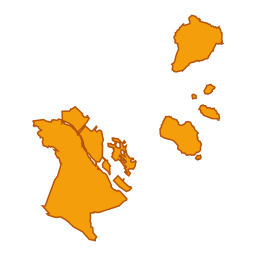 outline of Central 2 Mahe, Mont Fleuri, Seychelles
{"feature_id": "34574756B38092183622343", "entity_name": "Central 2 Mahe", "entity_type": "district", "adm_level": 2, "iso_a3": "SYC", "parent_name": "Seychelles", "parent_adm1": "Mont Fleuri", "projection": "robinson", "projection_center": [55.478, -4.632], "detail": "fine", "context": "isolated", "style": "filled", "palette": "amber", "viewbox_px": 256, "rotation_deg": 0, "n_neighbors": 0, "source": "geoboundaries", "source_scale": "gbopen_adm2", "svg_char_len": 5887}
<svg xmlns="http://www.w3.org/2000/svg" viewBox="0 0 256 256"><path d="M62.3,120.2L59.0,119.0L56.9,120.4L53.3,119.7L52.4,120.6L51.9,120.2L50.8,122.2L45.7,120.9L43.7,119.6L33.2,120.9L33.1,121.6L34.0,122.5L34.0,124.3L33.4,125.4L33.8,126.1L34.7,126.5L35.5,125.6L37.9,126.6L39.4,128.8L41.5,130.3L38.5,131.5L37.5,133.1L38.3,134.7L40.0,136.2L40.4,137.8L41.6,137.3L42.9,138.0L43.0,140.0L42.3,141.5L43.3,145.7L45.9,146.3L47.8,147.6L48.7,146.0L50.7,147.2L51.9,146.4L55.4,148.4L57.7,150.7L54.3,149.9L55.7,151.3L55.8,152.5L55.1,153.2L57.5,157.8L58.2,157.4L59.1,158.4L60.5,163.5L61.3,163.5L57.6,176.1L54.7,180.0L45.1,206.2L42.5,206.0L49.2,213.5L46.9,213.8L48.2,215.1L54.9,217.2L57.0,217.5L60.4,216.7L66.8,220.5L73.8,227.1L82.6,231.8L89.2,239.3L95.2,240.6L95.2,239.2L96.6,236.8L93.1,232.7L92.7,227.5L90.7,226.8L91.0,223.1L89.9,220.8L90.4,219.4L90.4,213.0L93.8,212.9L94.3,211.8L97.6,212.6L100.0,212.1L119.2,205.8L124.0,201.1L126.4,200.2L126.9,198.9L119.6,190.9L117.8,190.5L116.8,191.4L115.4,189.9L114.5,190.1L112.3,188.3L110.8,186.3L111.5,185.7L106.5,174.8L104.8,173.2L103.9,173.2L102.2,172.0L99.2,168.4L98.1,169.6L97.7,169.3L98.1,166.9L96.3,165.5L96.2,161.8L99.5,161.7L102.1,157.3L105.1,160.0L102.5,164.3L102.8,167.1L107.8,171.2L110.0,175.1L109.6,166.7L110.4,166.1L107.0,161.3L107.9,160.0L106.6,160.7L102.4,156.6L102.6,145.2L101.8,144.4L103.3,139.9L101.5,131.3L100.1,130.2L99.1,130.3L96.7,131.8L94.9,130.0L96.9,127.1L96.3,126.3L92.4,131.0L90.9,131.1L85.4,125.9L79.1,133.4L78.1,131.9L86.6,122.5L89.2,118.3L88.0,117.4L88.0,116.5L86.9,115.2L87.8,117.4L84.1,117.0L82.3,114.9L82.6,113.9L75.2,106.8L71.5,109.2L70.9,108.9L69.6,111.1L62.1,111.3L62.3,120.2ZM62.3,120.2L68.8,123.2L72.7,125.8L80.9,136.4L82.8,140.6L84.0,146.1L86.7,150.9L86.7,152.1L83.7,148.5L84.2,147.8L83.1,146.2L82.2,146.8L82.0,146.2L83.1,145.8L83.1,145.3L82.3,145.2L81.7,143.8L82.2,143.4L81.8,142.8L82.2,141.2L80.0,136.0L78.3,134.2L77.7,135.0L77.3,134.7L77.6,133.6L75.6,130.6L70.9,126.1L64.1,123.7L64.3,122.6L63.3,122.1L62.0,123.2L62.4,121.9L61.6,121.3L62.9,120.7L62.3,120.2ZM88.5,156.8L87.0,153.3L87.4,152.8L89.0,153.5L90.9,156.6L95.8,161.7L96.0,165.3L95.1,166.7L95.5,165.6L92.7,163.1L93.2,162.5L90.4,159.7L90.4,158.7L88.5,156.8ZM195.3,16.3L191.8,15.4L189.1,17.7L188.9,19.1L190.0,22.1L189.8,23.6L184.7,25.4L183.8,25.2L183.6,24.0L183.0,24.3L180.3,27.4L179.7,27.5L178.9,29.9L177.5,30.1L176.2,32.6L175.3,32.8L175.5,35.6L174.5,35.9L174.0,37.6L175.3,40.7L174.9,42.1L175.3,42.9L177.6,43.6L178.6,49.0L176.2,55.1L174.4,62.4L171.7,64.2L172.8,65.5L172.2,69.8L173.7,70.6L173.9,71.4L176.2,71.9L182.0,70.5L182.4,71.0L186.5,66.7L189.0,64.8L189.2,63.8L190.5,62.7L193.8,62.1L196.2,60.7L197.0,61.2L197.9,60.5L199.3,61.3L199.7,60.7L202.3,60.5L205.1,58.8L207.4,58.7L208.3,57.7L208.4,56.1L209.0,56.0L211.6,51.6L213.4,50.8L213.1,49.7L216.3,43.3L218.4,44.1L220.6,43.1L221.1,44.2L222.9,43.5L222.2,42.7L221.4,43.1L221.5,42.0L222.3,41.5L221.8,39.3L222.0,33.0L221.1,32.4L219.9,28.3L218.5,27.7L218.8,26.9L216.8,28.0L215.6,26.8L214.8,27.3L212.8,26.1L211.4,26.3L209.6,24.2L208.6,24.4L207.5,23.3L200.6,21.6L199.4,20.8L200.3,20.0L199.2,18.6L197.9,18.9L195.3,16.3ZM169.6,116.5L165.6,116.7L165.3,118.4L164.4,118.9L164.0,120.5L163.1,121.5L162.6,123.9L161.5,124.9L161.3,127.4L160.1,128.7L160.2,133.7L161.0,136.1L164.6,138.1L172.0,140.0L174.6,141.5L178.1,145.9L177.7,148.2L178.3,149.4L181.1,151.0L181.8,152.9L184.8,153.2L186.6,155.2L190.5,154.6L191.3,155.2L194.4,154.9L196.8,152.2L197.8,152.4L199.6,151.3L200.6,149.6L200.4,147.8L201.4,144.2L200.0,141.5L198.8,141.1L197.6,139.3L197.8,137.3L197.0,136.8L197.0,135.7L197.3,133.6L198.2,133.1L194.8,129.6L193.9,127.0L192.6,126.7L192.7,125.8L191.9,125.5L190.6,122.5L188.7,121.7L186.1,121.8L184.8,123.7L182.2,125.2L180.0,125.3L178.4,123.9L178.5,122.4L177.7,121.9L176.8,120.0L171.8,118.2L171.2,117.0L169.9,117.1L169.6,116.5ZM118.5,143.0L120.4,141.2L118.1,138.9L112.4,137.9L112.3,139.2L113.2,139.4L112.8,140.5L115.4,141.7L114.9,143.8L113.4,145.0L110.9,144.3L111.0,143.6L108.0,143.5L108.2,146.0L109.0,146.1L108.9,146.7L113.8,147.8L114.0,148.9L113.2,149.0L114.1,151.3L112.8,152.4L113.2,152.9L112.2,153.9L112.9,154.8L111.7,156.7L115.3,160.7L117.0,160.3L117.8,159.1L119.9,160.5L121.1,159.2L121.5,158.0L119.2,156.6L119.9,155.0L126.3,161.5L124.8,163.3L123.4,162.0L124.1,161.0L122.9,159.5L120.9,161.6L124.5,166.5L125.6,165.8L126.2,167.2L124.4,168.2L125.8,169.5L125.8,170.9L124.7,172.0L125.7,173.1L126.6,171.6L127.4,173.0L126.6,174.0L128.8,175.8L130.4,173.1L128.9,171.8L128.0,169.7L129.7,168.8L133.4,169.1L134.9,166.6L136.0,161.6L135.3,160.7L132.7,162.4L130.7,161.6L130.9,160.0L133.4,159.4L133.3,158.4L129.6,158.1L128.5,156.2L127.3,155.4L126.3,152.0L123.9,153.1L125.1,156.6L121.9,154.5L120.8,152.5L120.9,150.6L122.2,149.6L124.0,151.6L126.1,150.9L125.4,149.2L126.2,145.5L123.9,147.2L123.0,145.6L122.6,144.4L123.0,143.4L124.7,143.1L125.4,142.2L124.2,140.8L122.8,143.3L121.5,142.3L119.7,143.1L120.1,143.4L120.0,146.3L120.4,146.4L119.9,148.4L116.3,147.2L116.5,146.6L115.3,146.0L116.7,141.7L118.7,142.6L118.5,143.0ZM202.7,105.1L200.8,105.8L199.0,109.4L200.4,109.7L201.0,112.7L202.3,113.2L203.4,115.2L212.1,118.6L217.4,118.8L218.3,119.3L218.1,120.0L218.9,119.9L218.5,119.2L219.3,118.4L219.3,117.0L218.7,114.3L217.2,113.7L216.8,112.1L215.8,110.4L214.9,110.2L214.2,108.3L213.0,108.4L213.0,108.0L212.7,108.8L212.0,109.0L210.3,107.9L207.2,107.9L205.4,105.8L202.6,105.5L202.7,105.1ZM131.5,188.1L130.8,187.5L131.1,186.4L130.3,187.4L128.2,186.2L122.8,181.1L124.3,178.5L122.5,180.6L117.9,175.8L113.5,180.5L119.1,186.4L126.3,191.4L129.2,190.4L131.5,188.1ZM210.8,84.4L206.6,85.6L206.5,86.9L204.1,90.8L204.8,93.5L207.8,94.1L210.6,92.9L212.2,91.3L212.2,89.7L214.6,88.3L214.9,87.2L211.6,85.4L210.8,84.4ZM200.4,155.1L198.0,155.9L197.4,155.4L195.6,158.0L195.8,158.7L197.5,159.8L198.4,158.7L198.9,159.4L200.2,158.9L201.1,157.3L200.4,155.1ZM196.0,95.5L193.2,94.2L192.0,95.2L192.7,98.7L196.1,98.2L196.0,95.5Z" fill="#f59e0b" stroke="#b45309" stroke-width="1.5"/></svg>